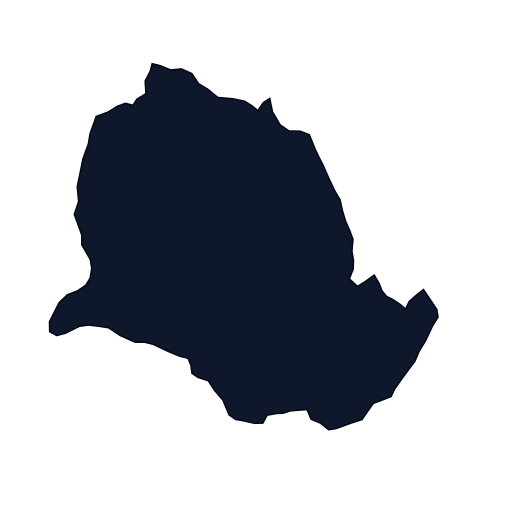 the district of Turiúba, São Paulo, Brazil, rotated 14°
{"feature_id": "56859067B31952652280306", "entity_name": "Turiúba", "entity_type": "district", "adm_level": 2, "iso_a3": "BRA", "parent_name": "Brazil", "parent_adm1": "São Paulo", "projection": "albers", "projection_center": [-50.105, -20.938], "detail": "fine", "context": "isolated", "style": "filled", "palette": "ink", "viewbox_px": 512, "rotation_deg": 14, "n_neighbors": 0, "source": "geoboundaries", "source_scale": "gbopen_adm2", "svg_char_len": 1618}
<svg xmlns="http://www.w3.org/2000/svg" viewBox="0 0 512 512"><g transform="rotate(14 256 256)"><path d="M368.5,407.0L375.2,404.2L382.4,399.4L388.9,395.0L398.4,389.1L405.4,370.7L412.7,365.7L421.1,359.7L422.7,351.5L427.3,339.8L432.4,327.3L435.7,319.6L437.3,309.3L441.0,297.3L442.6,289.4L444.3,280.9L447.4,271.3L444.4,264.1L426.6,248.0L420.2,256.4L415.6,263.1L414.0,271.2L406.6,267.7L399.5,265.2L392.5,263.6L386.5,259.2L382.4,253.1L375.3,245.9L367.8,254.8L361.8,260.9L352.1,255.6L353.5,245.2L351.7,236.9L347.9,228.0L346.1,216.4L340.9,208.8L334.7,200.8L329.2,191.6L324.0,181.2L316.5,173.5L307.9,163.0L299.3,151.8L293.2,144.9L287.4,137.8L283.1,131.8L278.3,125.4L268.7,124.2L257.8,126.7L247.7,122.9L237.2,112.2L231.2,99.8L226.0,105.4L222.6,114.5L216.2,111.4L207.6,108.6L195.4,109.0L180.6,111.4L168.7,105.8L158.6,102.7L149.6,94.5L138.3,92.5L128.3,96.1L117.0,94.5L108.7,94.5L108.7,102.2L106.1,113.0L109.9,125.1L102.5,132.6L100.1,139.5L92.4,139.4L85.3,144.2L77.4,152.3L67.2,159.2L65.4,177.4L66.2,187.9L64.6,203.5L65.8,231.9L70.7,246.1L69.6,259.5L82.0,278.0L84.2,287.2L96.1,299.6L99.6,307.8L100.4,317.3L98.0,325.4L91.3,332.9L82.3,339.3L76.3,348.7L71.5,369.7L74.1,379.4L81.9,381.4L89.7,377.1L101.7,366.9L110.4,363.5L120.5,362.2L130.2,361.3L143.7,366.1L159.7,368.9L169.0,366.6L177.8,366.6L194.1,369.9L206.2,371.7L214.8,371.7L219.3,377.8L222.2,385.3L228.9,387.8L239.8,388.6L248.4,396.5L258.8,403.9L268.3,416.7L275.7,419.5L282.8,419.0L295.1,418.7L303.1,416.5L305.3,407.8L313.9,403.9L320.6,401.9L326.5,398.1L333.2,395.8L342.6,392.7L349.0,401.1L359.0,402.6L368.5,407.0Z" fill="#0f172a" stroke="#020617" stroke-width="1.5"/></g></svg>